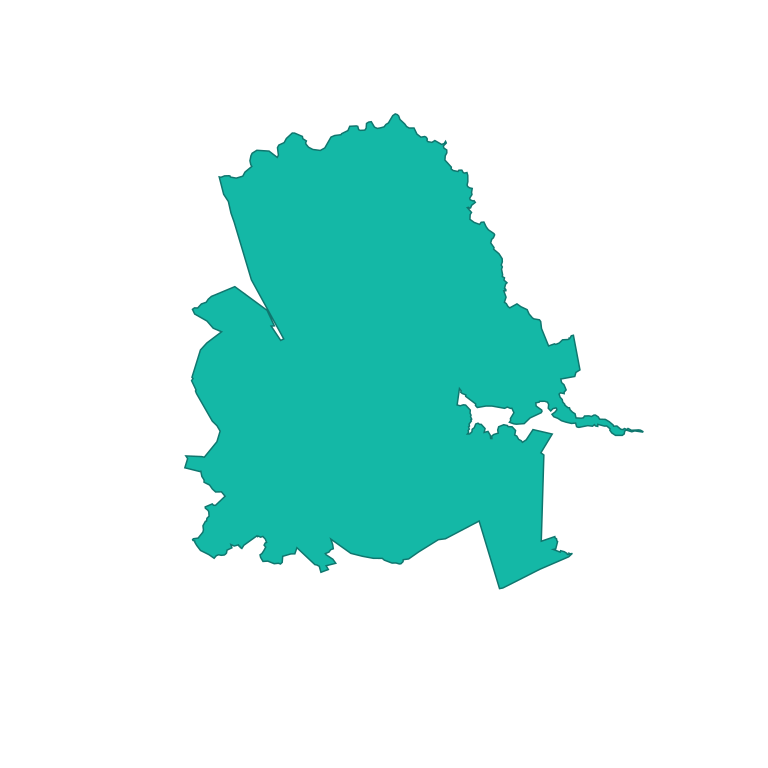 Ahuacatlán, Nayarit, Mexico, rotated 122°
{"feature_id": "50627088B49891327076679", "entity_name": "Ahuacatlán", "entity_type": "district", "adm_level": 2, "iso_a3": "MEX", "parent_name": "Mexico", "parent_adm1": "Nayarit", "projection": "equal_earth", "projection_center": [-104.583, 21.051], "detail": "fine", "context": "isolated", "style": "filled", "palette": "teal", "viewbox_px": 768, "rotation_deg": 122, "n_neighbors": 0, "source": "geoboundaries", "source_scale": "gbopen_adm2", "svg_char_len": 6171}
<svg xmlns="http://www.w3.org/2000/svg" viewBox="0 0 768 768"><g transform="rotate(122 384 384)"><path d="M295.7,633.5L308.1,620.5L311.7,612.7L320.2,604.3L326.0,597.0L365.9,551.7L398.9,492.9L401.8,494.7L394.7,510.4L392.8,507.8L383.5,522.2L380.5,562.1L401.2,576.8L405.3,578.0L408.9,578.1L412.9,581.3L418.3,582.3L419.9,585.1L422.2,586.0L425.0,581.6L424.4,567.6L427.2,558.4L425.8,549.4L443.1,556.0L452.4,557.7L480.1,550.4L480.6,548.8L483.1,549.0L488.7,540.2L489.8,540.2L491.5,537.9L506.5,509.9L507.9,503.5L510.8,498.0L521.5,495.1L541.3,497.6L542.2,500.2L550.0,513.9L551.3,511.0L560.6,508.5L555.8,493.7L555.1,493.1L558.9,489.5L560.7,485.8L562.7,484.5L562.1,478.4L564.0,473.9L564.8,469.6L561.6,464.7L563.4,459.3L576.2,462.6L577.2,464.3L576.7,466.1L583.0,470.5L584.0,469.7L584.4,466.4L585.2,464.9L588.8,462.3L591.7,463.0L594.3,461.9L595.1,462.7L600.2,462.4L603.4,459.8L605.6,459.1L613.2,460.0L616.2,463.6L617.3,463.9L617.9,463.1L617.5,461.2L618.5,460.5L620.2,457.2L622.4,451.4L621.5,442.1L621.8,435.7L618.4,435.2L616.5,433.8L615.5,431.2L613.6,428.8L612.4,428.3L610.8,428.0L608.1,429.1L603.5,426.2L601.3,428.8L600.8,425.2L597.6,422.2L598.3,421.2L598.0,420.1L598.8,419.4L598.8,417.4L595.0,417.4L580.1,411.3L580.5,410.4L579.6,409.9L579.3,407.5L577.5,406.0L578.4,402.5L580.6,399.6L581.7,400.5L584.2,400.3L585.0,397.9L588.8,397.6L592.5,397.7L594.6,398.6L596.5,396.7L598.6,392.6L595.8,388.7L594.6,381.9L592.0,378.6L591.5,376.4L589.2,375.8L583.8,378.6L577.4,372.9L575.3,369.6L569.0,371.1L573.8,346.9L573.1,345.2L572.9,342.3L577.1,337.7L570.8,332.9L568.8,336.8L561.6,329.9L559.7,334.5L559.5,342.5L558.9,343.9L555.7,341.6L552.8,341.4L550.6,339.7L547.4,342.4L543.7,346.9L545.2,322.4L541.5,310.9L537.4,300.5L532.8,293.1L533.2,290.4L531.6,282.3L529.4,279.0L528.5,275.7L527.5,274.4L524.6,273.7L522.8,274.6L519.3,270.4L508.0,265.6L487.2,255.4L482.7,249.9L449.8,230.7L496.3,177.6L494.0,175.1L458.6,153.7L432.7,135.8L427.8,134.5L429.2,135.7L429.5,137.5L430.5,136.9L431.3,138.2L430.7,139.0L430.7,142.3L431.8,145.9L433.2,145.5L434.6,152.8L432.8,151.0L425.6,153.3L425.3,154.5L423.9,155.6L423.8,157.4L422.9,158.3L434.0,167.3L359.5,210.8L359.2,214.5L337.3,214.8L343.7,233.5L356.0,233.8L360.1,235.7L359.4,237.5L359.6,240.5L357.8,243.8L358.0,246.1L353.7,247.8L352.4,252.7L354.4,256.2L353.8,257.3L355.1,260.9L359.5,264.1L362.8,263.2L365.1,261.1L368.7,264.2L371.0,265.0L373.1,263.6L373.7,264.7L371.2,266.6L369.1,270.7L372.0,273.4L368.2,274.7L366.7,280.2L367.6,281.6L367.4,283.5L369.3,285.0L373.2,284.3L375.7,285.2L378.0,284.1L381.0,284.9L382.2,286.8L380.2,286.6L378.9,288.0L377.1,287.8L375.5,289.6L374.4,289.2L372.9,290.6L369.1,290.3L368.4,291.4L367.3,291.0L365.9,293.3L364.3,293.7L363.1,295.6L360.4,297.0L358.6,303.6L359.6,305.7L362.1,307.8L363.0,310.9L347.9,317.6L348.9,314.9L350.3,314.6L350.6,312.7L349.9,308.8L351.2,308.2L352.3,295.7L353.8,295.0L354.5,292.4L348.6,285.8L345.5,280.8L340.7,268.8L338.2,267.2L337.7,263.9L336.8,262.7L339.5,258.6L346.3,258.5L347.9,257.2L350.0,257.4L349.0,252.8L347.9,250.4L343.3,244.1L335.3,242.1L325.1,235.5L323.5,235.5L322.5,236.5L322.1,243.2L319.6,245.3L317.2,242.8L316.3,242.9L313.5,238.6L312.8,235.7L314.1,233.5L317.5,231.9L318.5,228.3L315.4,227.7L313.1,225.5L313.6,224.4L314.3,223.7L317.2,224.1L320.7,225.5L321.8,222.7L321.0,218.4L321.1,214.1L319.9,209.4L318.1,204.1L315.6,200.8L318.1,198.1L318.0,197.0L317.5,195.7L311.3,189.1L309.3,184.8L307.0,184.0L307.5,182.5L306.7,180.3L304.9,181.3L302.9,174.8L301.6,172.9L302.2,168.5L303.5,168.0L304.8,165.0L304.9,160.5L301.3,154.7L299.0,153.8L296.5,154.9L294.7,154.1L293.2,148.5L290.9,146.5L287.7,139.2L287.1,139.3L287.2,141.9L287.9,143.6L292.1,149.6L292.4,153.5L293.8,153.7L294.4,156.6L295.9,157.0L296.9,159.2L296.2,164.2L298.1,166.9L297.3,168.0L296.6,173.0L296.7,177.5L299.6,182.5L298.4,184.8L298.3,188.2L299.1,189.5L301.6,190.8L302.4,193.3L304.9,197.0L307.0,197.0L308.5,198.6L311.0,203.2L308.0,206.2L308.0,209.2L307.2,212.6L305.9,214.1L306.6,215.4L306.1,219.6L305.4,219.9L304.6,222.8L302.7,224.7L301.9,227.6L299.8,230.2L298.0,229.7L296.7,226.1L295.5,226.9L292.5,226.4L289.2,231.0L288.7,234.1L286.1,236.7L276.5,226.2L272.5,227.4L268.2,225.3L242.3,249.2L243.8,250.7L246.4,250.6L247.0,251.3L247.4,250.8L248.8,251.6L251.9,256.0L256.3,257.1L259.4,259.3L259.6,260.7L264.5,264.6L253.5,279.8L248.0,284.2L247.2,286.2L249.3,291.3L249.3,293.2L247.7,298.1L245.1,302.0L245.9,308.8L245.6,313.7L252.8,317.7L252.6,319.9L251.0,322.9L250.9,325.2L245.7,326.5L241.5,331.8L240.4,330.1L239.6,330.4L239.7,331.4L239.1,331.5L239.0,332.5L234.9,333.8L233.0,333.3L232.3,337.3L230.1,338.1L230.2,340.6L228.5,341.3L224.3,345.2L222.0,345.7L221.0,347.6L217.7,348.4L215.1,350.2L212.6,355.5L211.6,362.4L210.0,363.0L207.8,368.3L204.2,369.3L202.0,368.7L198.9,369.2L198.2,370.4L197.9,377.3L196.5,380.8L193.7,385.1L195.4,387.3L198.0,387.5L199.2,393.2L198.8,398.4L194.7,400.7L192.1,400.7L190.3,406.8L189.4,406.0L189.4,404.4L188.7,403.9L186.0,404.4L181.6,402.8L180.8,404.8L181.6,405.5L182.1,408.5L181.0,409.8L176.7,409.8L175.1,411.3L171.4,412.8L172.3,415.4L172.2,417.6L171.2,419.0L168.0,420.1L162.7,423.5L160.7,425.7L162.5,427.5L162.7,428.9L161.4,431.3L163.0,433.8L164.6,433.9L166.3,438.5L166.0,441.1L164.4,441.8L161.8,451.0L158.0,453.0L154.7,453.2L152.3,454.8L152.2,458.2L150.7,459.8L146.6,458.9L145.6,460.4L148.1,460.4L150.3,462.1L150.6,469.9L153.7,471.4L155.2,475.1L154.8,476.6L153.3,477.1L152.4,478.8L152.5,480.6L155.1,483.5L154.6,488.5L151.0,494.2L153.6,498.3L153.7,501.3L152.5,504.1L151.2,510.7L148.9,513.6L148.5,515.5L149.0,517.6L151.8,518.8L160.3,518.6L162.9,519.9L165.9,520.2L168.8,522.9L170.8,525.1L171.2,528.2L168.3,533.8L170.0,535.8L172.3,536.9L176.5,534.7L178.9,534.8L181.6,538.7L181.7,540.3L179.4,542.8L179.8,544.2L183.6,549.6L188.2,548.9L194.2,552.6L195.4,552.6L199.4,557.5L202.7,559.8L215.2,559.3L219.7,561.8L222.8,568.6L223.2,573.5L221.9,577.3L220.9,578.3L219.0,578.6L219.0,582.8L217.3,584.4L218.6,592.8L219.8,594.8L227.5,596.9L232.2,596.6L237.1,599.8L240.0,599.6L245.9,594.8L248.4,594.6L247.4,604.9L253.2,615.7L258.2,618.1L260.9,617.8L265.7,616.0L268.6,613.2L269.5,611.4L278.0,614.2L282.6,613.9L287.7,618.4L289.9,623.9L289.2,624.9L289.6,625.9L292.0,629.5L295.1,631.8L295.7,633.5Z" fill="#14b8a6" stroke="#0f766e" stroke-width="1.5"/></g></svg>